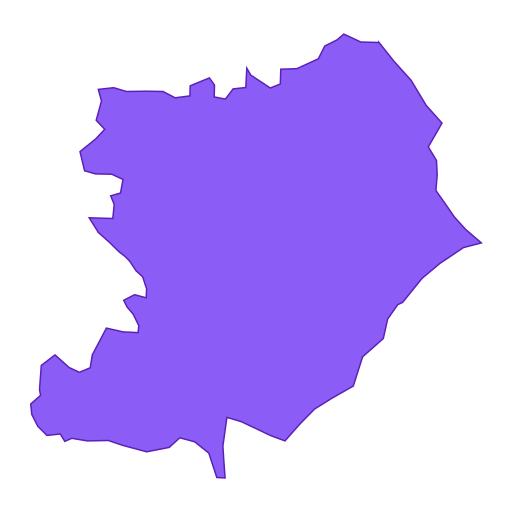 the district of Drymou, Paphos, Cyprus
{"feature_id": "46923920B67482680261453", "entity_name": "Drymou", "entity_type": "district", "adm_level": 2, "iso_a3": "CYP", "parent_name": "Cyprus", "parent_adm1": "Paphos", "projection": "robinson", "projection_center": [32.5, 34.923], "detail": "fine", "context": "isolated", "style": "filled", "palette": "violet", "viewbox_px": 512, "rotation_deg": 0, "n_neighbors": 0, "source": "geoboundaries", "source_scale": "gbopen_adm2", "svg_char_len": 1480}
<svg xmlns="http://www.w3.org/2000/svg" viewBox="0 0 512 512"><path d="M98.3,89.4L101.5,100.9L96.2,120.3L104.7,129.3L95.5,139.1L80.0,151.6L84.6,170.8L95.5,173.9L111.7,174.2L123.0,179.5L120.5,193.0L110.7,195.8L114.2,204.5L112.8,218.5L89.2,217.8L98.3,232.4L109.9,242.8L119.5,252.2L125.4,256.7L130.0,261.6L136.0,270.7L142.7,276.9L146.6,288.8L146.2,297.8L134.6,294.7L123.7,300.3L127.2,307.2L133.2,314.2L138.8,325.7L138.1,332.6L123.0,331.9L106.4,328.1L98.0,344.1L92.3,354.9L90.2,367.8L79.3,372.3L69.1,367.5L55.0,354.9L41.3,365.4L39.5,389.7L40.6,395.3L30.7,404.0L31.8,414.5L37.8,426.3L46.9,435.4L60.3,434.0L64.8,441.4L71.8,438.3L87.3,440.9L108.4,440.5L122.5,445.3L146.7,451.8L169.2,447.4L179.8,437.8L194.7,441.8L208.8,453.1L216.8,477.5L224.1,477.9L225.1,477.9L223.8,460.5L222.9,446.1L226.9,417.4L241.4,421.7L270.9,435.7L285.0,440.9L300.0,423.9L314.5,409.1L331.3,398.6L353.3,386.0L362.6,356.8L383.3,338.5L387.7,318.9L397.8,304.6L402.6,302.4L422.1,278.3L440.0,263.3L453.2,254.5L463.4,247.6L481.3,242.9L465.5,229.3L454.4,217.0L445.5,204.1L435.9,190.5L437.2,174.8L436.5,160.5L428.3,146.9L442.0,123.1L426.2,105.4L411.1,80.3L393.9,61.2L378.9,42.3L378.9,42.5L360.8,42.0L343.8,34.1L336.8,40.0L324.8,46.0L318.3,58.8L296.8,68.7L280.8,69.2L280.3,84.0L270.3,88.0L250.8,75.1L246.8,68.2L245.8,87.5L233.1,88.9L225.4,99.1L214.2,96.9L214.5,85.1L209.4,77.9L190.2,85.8L189.9,95.9L175.1,97.8L163.0,91.5L147.0,91.2L126.5,91.5L113.7,87.7L98.3,89.4Z" fill="#8b5cf6" stroke="#5b21b6" stroke-width="1.5"/></svg>